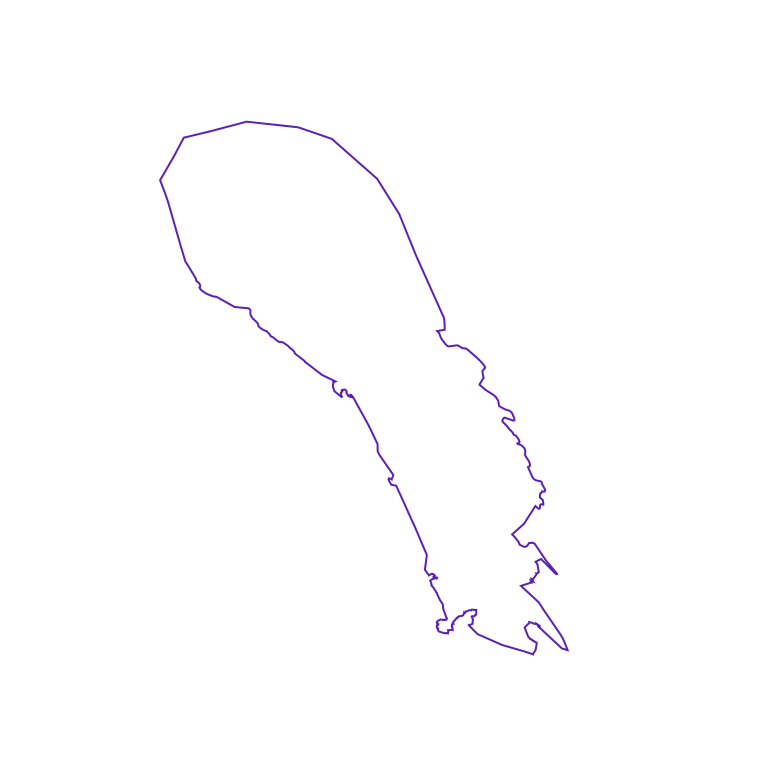 Målselv nor, Troms, Norway, rotated 220°
{"feature_id": "86288312B50158709887361", "entity_name": "Målselv nor", "entity_type": "district", "adm_level": 2, "iso_a3": "NOR", "parent_name": "Norway", "parent_adm1": "Troms", "projection": "robinson", "projection_center": [18.576, 68.958], "detail": "fine", "context": "isolated", "style": "outline", "palette": "violet", "viewbox_px": 768, "rotation_deg": 220, "n_neighbors": 0, "source": "geoboundaries", "source_scale": "gbopen_adm2", "svg_char_len": 6108}
<svg xmlns="http://www.w3.org/2000/svg" viewBox="0 0 768 768"><g transform="rotate(220 384 384)"><path d="M100.7,283.9L103.8,283.3L104.2,283.5L104.6,283.2L105.0,283.2L104.9,283.0L105.1,282.9L106.9,283.1L107.3,283.0L107.2,282.9L108.5,282.6L109.4,283.0L110.5,283.0L112.0,283.6L119.8,287.9L119.1,294.7L119.6,295.0L117.7,296.0L115.1,296.7L115.1,296.9L114.3,297.4L113.5,297.7L113.5,297.9L113.4,298.0L113.6,298.3L112.3,298.4L111.8,298.6L111.5,298.5L110.0,298.7L110.2,298.3L111.0,297.9L109.6,297.3L109.0,297.3L109.1,297.5L108.9,297.6L109.1,297.7L108.9,297.8L109.7,298.0L109.2,298.4L108.6,297.9L108.0,297.9L108.6,297.6L107.7,297.6L106.9,297.3L77.7,295.8L72.3,298.1L73.8,299.0L81.1,302.9L83.1,303.9L88.0,305.6L117.0,313.7L124.9,316.2L149.3,317.4L144.5,325.1L144.3,325.8L143.2,326.7L143.4,326.9L144.4,327.0L145.2,327.6L144.0,327.7L143.8,327.8L144.1,328.1L142.6,328.6L144.3,329.2L143.7,329.3L144.9,329.4L145.4,329.7L143.6,330.3L144.2,330.4L144.5,330.8L144.8,336.3L144.9,336.6L145.4,336.8L145.0,337.0L145.1,337.3L144.8,337.7L144.9,337.8L144.7,338.5L144.9,339.0L144.6,339.4L144.9,339.6L145.0,339.9L150.7,344.6L153.6,345.2L151.2,350.9L130.0,348.9L129.4,349.8L146.8,353.0L166.0,358.5L168.4,357.9L169.0,356.7L170.7,355.6L170.2,352.1L171.1,350.1L171.9,349.4L172.7,349.1L176.8,348.1L179.6,349.6L185.6,350.8L189.2,351.1L186.9,367.0L189.6,387.9L186.5,387.8L185.2,387.9L185.0,388.1L184.8,388.5L184.9,389.4L186.6,391.7L186.6,392.2L186.0,393.1L184.4,394.0L184.7,394.5L187.8,397.2L191.6,397.2L193.0,399.0L193.5,400.1L194.0,400.9L193.5,401.6L193.4,402.2L193.9,403.5L192.3,404.3L192.0,404.6L191.9,405.3L192.4,406.4L196.5,408.2L198.7,408.9L198.9,409.3L199.9,410.0L200.8,410.2L201.8,410.0L204.2,408.6L206.9,407.6L208.6,407.6L211.0,408.3L220.3,412.9L219.8,413.8L219.6,414.9L219.7,415.4L220.5,416.3L223.4,418.0L228.1,419.4L230.0,420.1L231.0,421.0L231.8,422.4L232.6,423.3L233.6,424.3L235.1,425.0L237.0,425.3L239.2,425.3L240.1,425.2L244.2,423.7L242.8,425.3L242.8,426.3L243.0,426.8L245.4,428.2L249.0,429.1L249.8,429.2L251.9,428.6L252.7,428.7L253.9,429.5L254.7,429.6L258.9,429.9L262.0,430.7L268.9,431.4L269.5,431.7L269.9,432.2L270.2,433.3L270.3,435.1L269.8,435.9L261.5,439.0L261.0,439.5L260.8,440.0L261.2,440.5L262.6,441.7L267.0,443.9L267.9,444.2L270.0,444.2L271.1,444.0L274.7,442.5L279.0,441.5L281.8,441.2L285.1,444.1L286.7,444.9L290.4,446.0L293.3,446.0L302.1,444.8L310.3,444.8L310.7,445.8L310.6,446.1L310.9,447.1L311.0,448.5L311.4,450.2L311.6,452.3L311.5,452.7L314.0,454.4L314.3,454.8L316.8,456.9L317.0,457.4L316.9,459.6L317.1,460.5L317.0,461.5L317.4,461.9L319.6,462.6L321.7,463.1L328.2,463.8L342.4,464.1L344.2,463.8L346.9,461.9L351.4,461.2L352.7,460.8L358.6,454.4L359.9,453.9L362.6,454.1L368.1,455.3L370.8,456.3L373.4,457.9L375.1,458.5L377.3,458.7L372.4,464.5L375.1,467.8L380.0,472.9L442.4,503.2L481.4,523.9L521.1,536.8L581.6,538.2L614.7,525.5L657.9,496.6L678.1,467.9L695.7,444.0L691.3,423.5L686.5,396.2L673.8,389.1L666.5,384.7L628.8,359.3L614.8,350.1L610.4,348.8L595.8,343.8L594.1,342.4L590.0,342.4L587.7,340.9L587.3,340.2L587.3,339.7L587.4,339.3L586.3,338.8L583.9,338.4L578.3,339.0L574.3,340.2L570.5,341.6L568.9,342.9L568.4,343.1L547.8,347.0L545.8,348.6L544.3,349.4L536.6,354.8L535.9,355.0L535.0,355.0L533.5,354.4L531.7,352.1L530.4,351.0L529.8,350.8L526.8,349.8L522.9,349.7L519.9,349.3L518.6,348.8L517.4,347.6L514.9,347.4L511.5,347.8L510.0,348.2L508.1,349.0L504.4,348.7L501.4,347.9L500.5,348.0L498.2,348.6L495.6,348.4L491.6,348.7L490.7,349.1L489.6,350.2L488.6,350.7L487.0,351.1L483.5,351.4L481.4,351.5L479.8,351.2L477.3,351.4L474.6,351.2L473.0,350.8L471.9,350.2L471.0,350.1L459.6,350.6L458.9,350.2L437.2,351.1L422.8,354.8L423.3,353.8L424.2,353.1L424.2,352.8L423.3,352.1L423.0,351.3L421.6,349.2L417.4,346.6L407.3,346.8L408.3,347.3L408.5,347.5L409.9,347.7L410.1,348.0L410.2,348.3L410.6,348.5L411.4,349.6L411.0,350.0L411.1,350.6L411.3,351.2L411.9,351.5L412.4,352.1L412.4,352.5L411.1,353.1L411.0,353.7L411.1,354.1L410.4,354.6L409.5,354.7L408.1,354.4L407.5,354.0L407.4,353.5L407.1,353.1L405.7,352.5L404.7,352.5L403.9,351.9L403.4,351.9L401.8,352.4L402.1,353.1L403.0,354.0L402.9,354.2L402.1,354.5L401.2,354.4L401.1,354.1L401.2,353.3L400.5,353.2L399.8,353.4L400.3,353.9L400.2,354.0L399.3,354.1L368.9,342.3L350.4,333.9L345.5,328.3L341.8,326.7L318.8,320.4L318.1,319.8L317.0,316.1L316.8,315.9L319.6,314.9L319.1,313.7L313.8,311.5L309.2,313.9L266.5,293.4L241.2,280.5L233.3,268.0L226.5,266.3L226.0,268.2L225.3,269.0L225.3,269.4L224.9,269.8L222.8,270.2L221.7,269.8L221.8,269.1L222.3,268.3L221.5,267.8L221.1,267.9L220.1,268.5L219.1,269.8L218.8,269.8L218.7,269.4L219.3,268.9L219.1,268.7L219.6,268.6L220.5,268.0L220.7,267.7L220.6,267.1L221.3,266.6L221.2,266.0L221.9,264.7L222.0,263.5L222.2,263.1L221.7,262.7L220.6,262.3L218.5,260.9L218.5,260.4L217.7,260.1L215.3,259.9L214.1,259.2L212.1,258.9L210.2,258.0L208.9,257.8L207.3,256.8L202.4,254.5L197.3,253.0L195.3,250.9L193.7,249.6L186.8,245.6L185.2,244.9L185.1,244.4L184.7,243.8L185.5,243.2L185.3,242.9L186.0,242.4L185.9,242.0L186.9,241.2L189.1,240.2L189.4,239.8L189.6,239.0L190.3,238.0L190.5,237.4L190.3,236.7L190.5,235.3L189.8,234.9L188.2,235.1L187.7,234.4L188.5,234.0L188.4,233.1L187.0,231.7L187.0,231.4L186.5,231.3L186.2,231.5L185.4,231.5L185.3,230.8L184.6,230.5L184.3,230.0L183.4,229.8L182.0,230.0L176.9,232.3L176.7,232.8L176.1,233.1L175.8,233.6L174.7,234.0L175.8,236.0L176.7,236.6L175.7,237.5L175.4,238.0L174.6,238.8L173.2,239.7L174.6,241.1L176.1,241.7L176.0,242.3L177.3,243.2L177.4,243.8L177.0,244.2L177.0,244.6L176.6,244.9L177.3,245.6L177.9,245.8L178.1,247.4L177.9,247.7L177.8,248.2L177.8,249.4L178.0,250.2L177.5,251.1L177.8,251.5L177.4,252.0L177.5,252.2L177.4,252.7L177.7,252.9L177.6,253.7L174.8,257.1L174.7,257.8L175.0,258.2L174.9,258.7L175.2,259.2L175.2,259.6L175.6,260.3L175.2,260.2L174.7,260.8L175.1,261.6L175.1,262.5L174.1,263.4L173.4,265.5L171.5,266.8L171.7,267.7L168.8,269.5L168.1,270.2L165.6,267.3L165.2,265.9L165.7,265.5L165.4,264.2L167.3,262.7L167.4,262.3L163.9,260.4L163.6,259.1L162.3,257.8L162.0,257.2L163.2,255.1L163.4,254.2L164.9,253.8L151.6,252.5L125.5,260.1L105.0,269.2L96.1,272.7L96.5,273.1L96.7,277.2L99.1,281.6L100.7,283.9Z" fill="none" stroke="#5b21b6" stroke-width="2"/></g></svg>